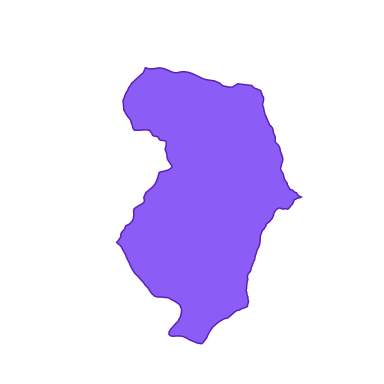 Teodoro Sampaio, São Paulo, Brazil, rotated 42°
{"feature_id": "56859067B41725338982994", "entity_name": "Teodoro Sampaio", "entity_type": "district", "adm_level": 2, "iso_a3": "BRA", "parent_name": "Brazil", "parent_adm1": "São Paulo", "projection": "mercator", "projection_center": [-52.368, -22.428], "detail": "fine", "context": "isolated", "style": "filled", "palette": "violet", "viewbox_px": 384, "rotation_deg": 42, "n_neighbors": 0, "source": "geoboundaries", "source_scale": "gbopen_adm2", "svg_char_len": 4012}
<svg xmlns="http://www.w3.org/2000/svg" viewBox="0 0 384 384"><g transform="rotate(42 192 192)"><path d="M169.7,279.9L171.8,279.9L173.1,279.8L175.3,279.9L178.2,280.8L180.5,281.6L184.4,283.0L187.8,284.8L189.0,285.2L192.2,286.4L193.9,287.2L199.1,289.4L204.0,290.7L208.9,290.9L213.2,291.5L216.6,291.7L219.5,292.5L223.4,292.7L226.8,293.7L229.6,294.3L233.6,294.5L235.4,293.8L237.3,292.5L240.0,290.2L241.1,289.5L245.2,286.4L248.2,285.8L253.4,284.5L258.1,284.0L259.6,284.6L262.7,286.1L265.0,289.0L267.0,292.9L267.5,295.4L268.2,297.3L267.9,300.5L268.0,304.1L268.0,308.2L268.5,311.3L270.3,313.3L272.5,313.2L274.4,311.9L276.7,309.5L278.5,307.8L280.5,306.3L282.2,305.3L286.0,304.1L288.7,303.6L296.0,301.1L297.5,300.4L300.6,298.4L301.0,296.7L300.5,290.5L299.2,287.0L298.2,281.8L297.9,279.2L297.9,277.5L298.7,271.2L300.5,265.2L303.0,261.3L304.2,251.5L304.7,250.1L306.1,248.2L307.2,245.2L308.7,242.6L309.8,240.0L308.6,238.3L308.0,236.8L306.9,235.2L305.1,234.1L303.9,232.7L302.5,232.0L301.1,231.2L299.7,229.8L298.1,229.0L297.0,227.0L295.6,225.4L294.6,224.0L293.1,221.8L292.2,219.8L290.6,218.6L289.4,217.3L288.5,215.1L288.5,213.2L288.5,211.8L287.7,210.2L286.7,208.8L286.1,206.8L285.0,204.1L284.3,202.3L283.8,200.2L282.6,198.6L281.6,196.7L280.5,193.9L279.5,192.3L278.8,190.0L278.2,187.5L277.2,185.4L275.8,183.5L274.8,182.0L273.1,180.1L271.8,178.1L270.8,175.5L270.1,173.4L270.3,171.4L269.8,169.7L269.8,168.0L268.8,166.3L269.0,164.1L269.5,161.9L269.3,159.6L269.3,158.1L268.7,156.4L268.3,155.1L267.5,153.7L266.8,151.9L266.6,150.4L266.4,148.4L267.1,146.2L268.1,145.1L269.8,144.5L271.4,143.5L272.1,142.3L273.7,141.3L274.8,140.4L274.9,138.2L274.7,136.2L274.7,133.8L274.0,131.1L273.1,129.5L273.8,128.2L274.4,126.2L275.8,124.4L276.5,122.6L274.1,123.5L271.7,123.2L270.4,122.6L268.3,123.4L265.8,123.4L264.5,123.7L263.1,124.6L261.1,123.8L259.4,123.2L257.8,122.8L256.8,121.7L255.5,121.5L254.1,121.2L252.6,120.8L251.1,120.0L249.7,118.9L247.5,117.5L244.5,116.5L242.6,115.9L241.5,114.4L241.0,113.0L239.8,111.0L238.9,108.9L237.7,107.0L236.6,106.0L235.2,105.2L233.9,104.3L232.3,103.7L231.1,102.8L229.8,102.1L228.7,101.2L226.9,100.0L225.2,99.6L223.9,99.2L222.3,99.4L220.1,98.9L218.3,96.8L216.6,95.0L215.0,94.5L213.4,93.8L212.2,92.8L210.4,91.4L208.9,90.6L206.3,90.2L204.7,90.1L203.4,89.6L201.9,88.9L200.3,88.1L198.5,87.3L196.5,86.2L194.7,85.8L193.5,84.9L192.4,84.2L190.7,83.0L188.5,81.3L186.8,80.6L185.4,79.0L184.5,77.0L183.1,75.1L181.7,73.7L179.4,73.1L177.8,72.0L176.6,71.8L175.5,70.7L173.3,71.3L171.1,72.1L168.6,73.1L165.0,72.9L163.1,74.3L153.7,80.9L152.0,86.6L150.0,88.9L148.3,89.8L144.9,91.9L143.4,92.6L141.8,92.5L139.2,92.7L134.3,94.4L130.2,97.2L125.8,99.9L122.8,100.9L120.8,101.5L112.9,103.8L109.0,105.6L105.4,108.0L102.8,110.9L100.7,113.9L98.1,115.7L92.7,117.6L88.9,118.9L86.1,120.6L84.4,121.8L83.0,123.6L81.3,125.7L78.9,128.2L76.7,129.7L74.2,130.8L76.1,136.1L75.6,138.2L75.6,140.1L75.2,143.7L74.9,145.4L74.8,148.2L74.5,150.0L74.4,151.4L75.1,154.5L75.2,157.1L76.1,159.2L76.7,162.9L77.7,165.4L78.5,167.3L79.1,169.3L80.0,170.7L82.8,173.2L84.6,174.9L86.4,176.7L88.2,177.2L90.5,178.1L94.1,179.0L98.2,179.6L99.7,180.7L101.8,181.8L103.4,182.6L104.6,183.5L106.3,184.5L108.1,184.5L112.2,180.7L113.8,178.9L116.5,176.3L119.3,174.6L122.7,175.3L124.8,176.3L126.4,175.8L128.9,174.2L130.7,173.9L132.4,174.9L134.5,174.3L137.0,172.4L138.4,171.9L139.7,172.4L141.2,174.2L142.5,176.4L143.5,178.3L145.9,179.6L148.0,180.7L149.2,181.8L150.8,183.4L152.5,184.3L159.6,186.1L160.6,187.3L160.2,189.7L159.3,192.0L158.2,193.8L156.0,197.0L154.5,199.2L155.2,200.9L156.6,203.5L158.2,207.3L158.8,209.3L159.2,210.9L159.4,212.7L159.3,214.7L158.9,218.2L158.3,221.8L158.1,223.5L158.8,225.2L159.2,226.8L160.1,228.7L161.7,229.5L163.1,231.3L162.9,234.0L161.9,236.8L161.1,239.4L160.5,241.4L160.3,243.6L161.3,245.2L162.6,246.5L164.0,247.8L165.1,249.5L166.4,251.2L166.9,253.3L167.1,255.2L167.0,257.4L166.2,259.5L165.4,261.8L166.6,264.0L166.7,266.7L166.8,269.6L167.7,271.6L169.0,272.7L169.4,275.3L169.7,277.6L169.7,279.9Z" fill="#8b5cf6" stroke="#5b21b6" stroke-width="1.5"/></g></svg>